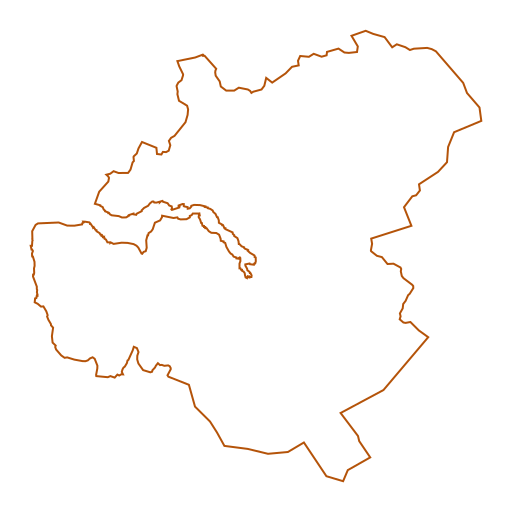 the district of Norddal nor, Møre og Romsdal, Norway
{"feature_id": "86288312B15747524615282", "entity_name": "Norddal nor", "entity_type": "district", "adm_level": 2, "iso_a3": "NOR", "parent_name": "Norway", "parent_adm1": "Møre og Romsdal", "projection": "mercator", "projection_center": [7.286, 62.251], "detail": "fine", "context": "isolated", "style": "outline", "palette": "amber", "viewbox_px": 512, "rotation_deg": 0, "n_neighbors": 0, "source": "geoboundaries", "source_scale": "gbopen_adm2", "svg_char_len": 5966}
<svg xmlns="http://www.w3.org/2000/svg" viewBox="0 0 512 512"><path d="M428.2,337.2L418.8,330.4L410.4,322.0L405.6,322.9L403.4,322.5L399.7,319.3L400.6,316.3L399.9,313.4L402.7,308.4L403.2,304.0L405.6,300.9L408.1,295.2L409.7,293.8L413.3,288.1L413.2,286.0L412.2,284.8L403.5,278.2L401.8,276.0L400.8,271.3L401.2,269.0L400.5,267.5L393.5,263.7L387.5,264.0L381.9,257.1L376.9,255.8L371.1,251.2L370.9,250.3L372.1,243.8L371.2,238.6L411.4,225.8L404.0,207.2L412.3,196.3L416.1,195.3L419.9,190.5L419.0,184.3L438.0,171.9L447.0,162.2L448.1,147.0L454.1,132.2L481.3,120.9L479.5,107.5L467.0,93.0L463.2,82.9L435.9,51.3L431.7,49.1L427.2,47.9L413.9,48.7L409.9,50.0L405.4,47.2L396.8,44.3L392.2,47.3L384.6,37.1L373.2,33.9L365.7,30.8L351.5,35.8L357.8,46.4L357.0,52.0L348.8,52.9L344.4,52.5L338.5,48.6L327.0,51.9L326.6,55.3L321.6,56.7L313.7,53.8L308.9,56.8L300.2,56.0L298.0,60.8L298.7,65.4L292.0,66.8L285.6,73.4L272.2,82.6L266.2,77.9L264.3,85.8L261.5,89.5L253.3,91.7L251.4,92.9L250.1,90.9L247.9,89.5L238.8,87.7L234.2,90.6L226.2,90.6L220.8,86.5L219.7,81.4L215.7,75.7L215.2,72.5L215.4,70.7L216.2,68.8L204.7,55.9L203.0,55.8L203.2,54.8L202.9,54.6L195.2,57.5L177.4,61.1L179.2,66.3L183.1,74.3L183.0,75.5L181.5,80.2L178.3,82.6L176.7,85.6L176.6,86.3L177.7,91.5L177.4,94.2L179.0,100.8L187.1,105.7L188.1,109.4L187.6,114.9L185.5,122.2L174.5,135.9L171.1,137.8L168.9,140.9L170.3,145.2L168.7,150.7L166.1,152.1L162.9,151.9L161.4,154.5L157.0,154.0L156.4,147.8L142.0,142.0L138.5,148.4L136.8,153.5L133.8,156.3L133.5,157.0L133.9,161.0L132.6,162.4L130.5,169.6L128.1,172.9L118.5,173.0L113.6,171.2L110.3,173.7L106.4,174.7L108.3,176.5L109.0,177.9L108.3,181.6L99.2,191.7L94.9,203.8L100.3,205.3L100.3,205.9L102.7,207.1L103.7,209.5L105.1,210.7L105.1,211.3L108.3,212.5L108.3,213.1L109.2,213.1L109.9,214.3L111.7,215.3L118.8,216.1L122.0,217.5L126.1,217.4L127.9,216.4L128.2,215.7L129.1,215.6L129.1,215.0L133.4,213.6L133.4,214.3L136.2,214.8L136.7,213.7L141.7,211.2L141.7,210.3L144.1,207.9L148.1,205.8L149.9,203.4L152.3,201.5L153.5,201.5L154.2,202.5L156.4,202.6L159.8,201.7L159.8,202.4L161.0,201.3L162.5,200.9L162.9,201.7L167.6,203.2L169.2,205.5L171.7,206.4L172.0,208.3L171.4,209.4L171.9,209.9L179.3,207.5L179.5,206.7L178.6,206.4L178.6,205.5L182.6,204.0L183.8,204.1L183.7,206.0L184.2,206.4L187.6,207.1L187.7,208.7L189.8,208.3L191.2,206.7L191.3,205.8L194.1,204.9L200.0,205.1L205.3,206.4L205.0,207.0L207.8,207.5L207.8,208.2L210.3,208.9L212.7,210.5L213.3,212.0L215.5,213.9L217.0,217.2L217.7,217.2L218.8,220.3L218.9,222.8L222.2,224.6L222.2,225.2L223.1,225.2L224.4,228.2L225.4,228.2L225.4,229.1L232.6,232.4L232.8,233.9L234.2,235.1L234.2,236.0L237.4,238.1L238.5,241.2L238.8,244.0L239.4,244.0L241.6,246.3L244.1,247.3L244.1,247.9L245.1,248.8L247.6,249.7L247.6,250.3L248.2,250.3L248.2,251.2L250.1,252.9L254.4,255.4L254.7,256.0L254.6,257.0L255.7,257.5L255.8,261.3L255.3,263.1L254.7,263.2L254.7,263.8L253.8,264.1L253.8,264.7L249.9,264.2L249.6,263.5L245.3,264.4L245.4,265.7L247.1,268.7L247.4,270.3L249.5,271.8L249.8,273.0L250.4,273.0L250.9,273.9L251.6,275.4L251.4,277.0L249.6,277.0L249.5,276.5L250.1,276.3L249.5,276.4L249.4,277.3L248.3,276.7L248.4,277.2L248.0,277.4L248.0,276.4L247.7,276.4L247.4,277.4L246.8,277.4L246.8,278.0L245.6,277.4L245.7,276.8L245.1,275.9L244.7,273.1L243.6,271.6L242.0,270.7L242.0,269.8L241.1,269.8L240.4,268.3L239.5,268.3L239.5,263.6L240.4,261.1L240.3,258.0L239.8,257.4L238.6,258.1L238.6,258.7L236.4,258.4L236.4,257.5L233.6,256.6L232.3,254.5L230.7,253.6L229.0,251.5L226.4,246.9L225.2,242.9L223.6,242.3L223.6,241.4L220.8,240.8L220.6,238.7L219.1,234.7L216.3,233.0L211.3,232.8L208.8,231.2L206.6,228.2L205.6,228.2L205.6,227.6L205.0,227.6L205.0,227.0L204.0,227.0L204.0,226.0L202.5,225.8L201.8,223.0L201.2,223.0L200.0,219.3L198.7,217.2L198.7,216.2L199.1,215.3L199.7,215.3L199.4,213.7L198.8,214.1L198.7,213.5L192.8,213.5L191.6,215.2L189.8,215.9L189.8,217.4L186.5,219.2L180.6,219.4L178.1,218.7L177.4,217.4L173.5,218.0L162.1,215.7L162.0,217.2L160.1,220.4L154.9,222.7L152.7,229.3L151.1,231.5L148.6,233.1L148.1,235.3L147.5,235.3L146.2,240.3L146.7,247.8L145.7,251.2L143.6,251.9L142.2,253.8L141.5,253.5L138.3,247.6L136.5,245.7L133.6,244.1L127.5,242.9L121.6,242.7L113.6,243.9L110.7,242.4L110.2,242.9L110.1,242.3L107.4,242.3L106.0,239.6L104.5,238.7L104.4,237.8L103.5,237.5L103.8,236.8L102.9,236.9L102.9,236.3L101.9,236.0L101.9,235.3L101.3,235.4L101.3,234.7L100.3,234.5L99.7,233.2L96.5,231.2L96.5,230.2L95.5,229.9L93.9,227.5L93.3,227.8L93.3,226.9L92.7,226.9L90.7,223.9L90.1,223.9L90.2,223.3L89.4,222.4L85.1,221.7L83.2,221.6L83.6,222.5L82.3,223.2L82.1,224.4L74.3,225.7L67.2,225.6L58.7,222.5L38.0,223.4L35.6,224.9L32.2,231.2L32.4,239.3L33.0,239.6L32.4,239.6L32.6,240.5L32.3,241.1L32.0,245.8L30.7,245.8L31.5,249.5L32.1,249.5L32.9,251.0L32.0,253.5L32.1,256.0L32.3,256.6L32.9,256.6L34.5,261.8L34.6,265.9L34.0,268.4L34.2,273.0L33.8,274.6L33.1,274.6L33.0,276.5L36.8,286.6L36.8,289.1L37.2,290.0L36.9,292.2L37.3,294.0L36.9,295.3L37.5,295.2L37.5,295.9L36.9,295.9L36.3,298.1L35.1,298.4L34.7,302.3L37.7,303.8L41.0,306.6L43.4,306.4L46.3,311.3L47.5,314.7L47.6,315.5L47.1,316.5L48.4,319.8L50.9,324.0L51.0,325.3L53.1,327.7L51.9,336.2L52.6,342.6L55.7,345.6L55.2,347.0L56.1,349.5L61.2,355.4L64.6,357.8L67.2,357.4L74.3,359.6L82.5,361.1L85.4,361.2L87.8,360.4L90.0,358.4L92.6,357.3L94.7,358.8L97.4,365.7L97.3,368.5L96.1,374.9L96.3,376.1L107.8,377.2L110.4,376.1L114.7,377.6L117.4,374.6L119.2,375.5L121.3,374.3L123.0,374.4L121.8,371.9L122.5,369.4L123.5,367.6L124.8,366.6L126.9,363.1L127.5,360.5L128.4,359.9L132.7,350.4L133.8,346.8L136.9,348.1L138.5,352.1L137.3,355.7L137.2,359.4L138.4,363.5L143.1,370.1L150.3,372.3L152.1,371.7L152.4,370.3L155.0,367.5L155.9,365.7L157.9,363.2L160.0,365.1L161.8,364.9L164.3,365.8L168.2,365.4L169.7,366.2L170.7,368.1L170.7,369.3L167.5,375.3L168.4,376.7L188.9,384.8L195.0,406.6L210.0,421.5L217.0,432.5L224.4,445.9L247.7,448.9L268.0,453.8L287.9,452.0L303.9,442.5L326.4,476.2L343.1,481.2L347.8,470.1L370.2,457.4L359.2,441.1L358.0,436.0L340.6,413.0L383.5,390.0L428.2,337.2Z" fill="none" stroke="#b45309" stroke-width="2"/></svg>